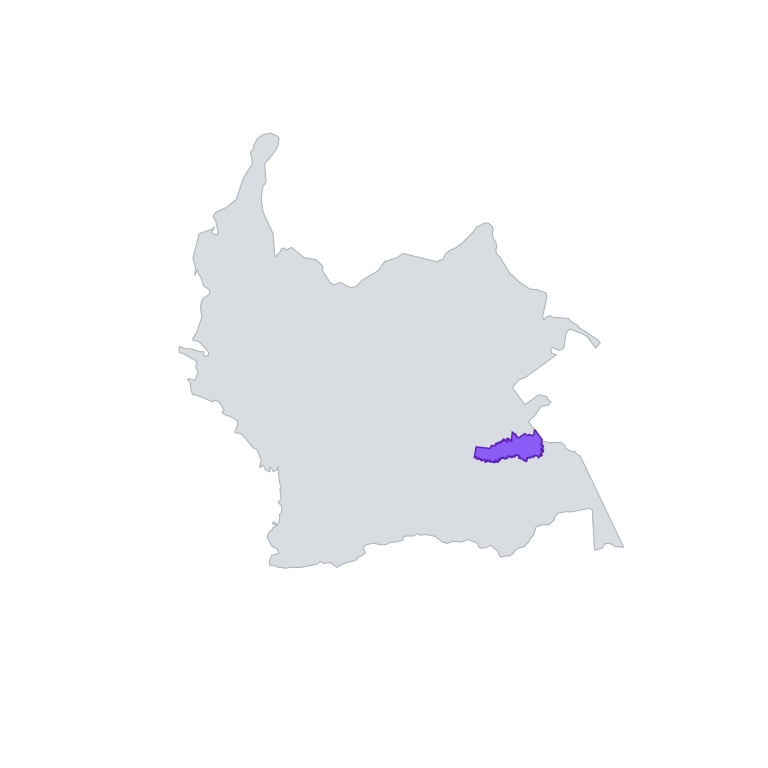 location of Pacoa (Cor. Departamental), Vaupés, Colombia, rotated 324°
{"feature_id": "7082276B7457968430038", "entity_name": "Pacoa (Cor. Departamental)", "entity_type": "district", "adm_level": 2, "iso_a3": "COL", "parent_name": "Colombia", "parent_adm1": "Vaupés", "projection": "albers", "projection_center": [-70.674, 0.194], "detail": "fine", "context": "in_parent", "style": "filled", "palette": "violet", "viewbox_px": 768, "rotation_deg": 324, "n_neighbors": 0, "source": "geoboundaries", "source_scale": "gbopen_adm2", "svg_char_len": 9438}
<svg xmlns="http://www.w3.org/2000/svg" viewBox="0 0 768 768"><g transform="rotate(324 384 384)"><path d="M437.6,129.5L430.6,132.3L416.9,135.8L407.4,151.1L401.0,153.8L393.1,162.8L387.2,174.0L382.7,196.9L370.9,216.3L371.9,217.2L376.6,216.3L381.0,214.2L382.6,214.9L384.2,218.3L389.5,219.2L393.7,234.9L401.8,243.0L402.7,246.1L403.7,252.6L400.8,256.6L400.0,271.0L402.5,274.6L408.6,276.1L412.6,285.1L415.1,287.2L418.8,288.6L427.7,287.2L443.8,288.7L447.5,288.5L456.5,285.3L468.0,289.2L476.4,289.8L499.3,317.0L501.6,316.2L504.5,317.8L510.3,315.0L515.3,314.5L521.9,315.9L530.5,315.9L547.9,313.0L550.5,311.5L560.0,313.0L562.8,315.0L564.2,320.1L563.1,323.2L559.8,326.4L558.0,330.5L557.6,335.4L555.9,339.1L552.9,341.5L551.7,344.9L552.4,349.5L550.8,370.0L552.1,371.7L553.1,380.2L557.1,391.1L559.1,394.3L562.5,396.8L568.7,405.8L567.3,408.9L551.6,423.1L550.8,426.4L553.8,425.0L558.6,426.3L560.3,429.7L572.0,439.6L571.9,443.3L575.3,450.7L574.7,452.4L582.8,473.5L583.1,477.9L576.4,479.2L576.1,465.0L575.1,462.1L567.4,449.6L565.9,448.6L560.8,450.0L552.3,459.3L548.3,460.7L545.2,459.4L542.0,453.9L539.9,452.9L537.8,457.6L540.5,461.7L503.0,461.7L495.7,460.0L485.7,462.1L485.6,483.5L503.3,483.8L508.2,489.9L507.7,494.8L508.5,496.6L504.2,497.7L498.0,494.3L487.0,498.3L478.9,499.3L478.4,522.8L483.3,528.7L492.8,535.0L494.1,539.3L493.5,543.3L495.7,548.4L498.9,551.1L498.8,554.1L500.5,557.5L481.9,657.0L475.3,651.0L472.9,645.5L469.6,643.3L463.4,645.0L456.6,642.2L478.3,608.5L477.6,605.5L459.5,597.2L457.6,595.1L448.9,590.7L444.2,591.9L441.4,594.2L434.8,594.8L429.5,591.2L423.1,588.9L415.5,594.6L413.2,594.5L407.8,597.0L402.0,597.9L394.4,595.4L388.3,597.1L384.0,596.7L382.4,595.0L377.0,592.9L376.4,590.6L378.0,586.5L375.7,578.2L374.8,576.9L370.6,576.7L365.8,573.7L364.9,571.9L365.9,568.6L365.0,565.7L360.3,559.1L353.8,557.4L347.5,551.9L341.2,550.0L338.4,546.0L335.7,537.2L329.2,530.2L324.6,527.9L323.1,524.6L318.4,524.2L312.1,519.7L309.2,519.4L307.3,521.5L301.4,519.2L296.4,515.9L291.1,515.0L287.7,512.9L281.6,506.5L275.0,503.4L271.1,504.5L269.8,509.2L267.6,510.1L259.9,508.8L258.6,509.8L256.6,509.6L247.3,506.0L238.0,504.7L235.7,496.7L229.8,493.8L228.1,490.1L223.9,490.4L208.1,483.1L201.6,478.0L196.1,475.2L190.3,469.5L189.3,467.2L184.9,463.9L187.1,459.7L192.5,456.6L199.6,459.1L200.5,454.2L198.0,449.8L199.2,439.9L201.1,437.8L205.0,435.8L207.4,436.6L209.0,434.9L214.7,435.7L216.5,435.0L220.9,431.1L222.8,428.0L224.8,428.3L229.5,423.0L228.8,417.7L233.2,416.5L237.9,407.8L239.9,407.6L241.0,403.4L249.2,389.1L246.2,390.7L243.0,389.7L243.6,384.8L242.6,384.3L240.0,388.0L237.7,384.2L238.4,378.0L234.7,379.1L234.9,377.7L240.2,373.1L242.5,362.5L240.7,358.6L239.7,342.7L238.8,339.6L234.5,335.6L241.4,331.1L243.9,327.7L240.8,320.6L236.8,314.6L236.7,311.1L239.1,311.4L240.1,301.6L237.8,297.8L235.0,297.7L226.0,283.0L222.9,280.0L225.3,273.0L228.1,270.0L227.5,264.7L229.3,264.9L233.2,269.8L234.8,269.0L240.9,264.5L241.1,260.2L246.0,255.8L239.2,240.9L236.9,238.5L239.7,233.8L241.3,234.0L244.0,238.7L248.2,241.8L254.5,250.1L257.3,252.0L255.3,253.9L254.9,255.8L255.8,256.9L259.4,257.2L260.8,254.9L259.9,244.8L258.4,239.8L255.1,236.2L256.2,234.7L262.7,232.2L276.1,222.7L280.8,213.7L284.3,210.4L288.3,208.3L293.2,208.8L297.0,207.7L298.1,204.8L295.7,198.6L298.6,190.0L298.5,185.7L300.3,183.1L299.7,182.1L294.8,185.1L299.9,179.1L303.4,169.9L323.0,153.7L335.7,157.7L339.7,157.4L334.5,159.5L333.7,161.8L335.5,164.3L337.4,165.0L339.1,163.4L343.4,153.9L344.0,148.7L345.9,146.9L348.6,146.3L361.0,148.6L372.8,147.8L392.1,134.3L406.6,128.6L410.2,123.0L411.1,118.9L413.8,117.3L416.5,117.3L418.2,115.0L424.8,111.4L432.0,111.0L439.5,114.1L443.0,119.7L443.6,123.5L437.6,129.5ZM214.9,434.0L214.1,434.7L212.4,433.4L211.8,431.7L212.8,430.5L214.2,430.9L214.9,434.0Z" fill="#d9dde1" stroke="#a8b0b8" stroke-width="1"/><path d="M472.4,532.5L472.9,532.3L472.7,532.0L473.0,532.0L472.9,531.7L473.1,531.5L473.3,531.5L473.3,531.2L473.6,531.3L474.1,531.2L473.9,530.9L474.1,530.9L474.2,530.5L474.4,530.4L473.8,530.4L473.5,530.1L473.4,530.5L473.0,530.8L473.0,530.6L472.9,530.6L472.7,530.7L472.3,530.4L472.1,530.1L472.3,529.9L472.4,530.2L472.6,529.9L472.4,529.8L472.8,529.8L473.0,529.6L472.8,529.3L473.0,529.2L472.8,528.7L473.3,528.5L473.7,528.6L473.7,528.8L473.6,529.3L473.8,529.4L474.1,529.2L474.6,529.2L474.5,528.9L474.9,528.6L475.2,528.5L475.4,528.6L475.6,528.6L476.3,528.2L476.5,527.8L476.1,526.7L475.8,526.5L475.0,526.4L474.7,526.0L474.9,525.6L475.8,525.6L476.2,525.2L476.5,525.2L476.9,525.1L477.2,524.9L477.6,523.9L477.5,523.6L477.5,523.2L478.6,522.4L479.2,522.1L479.2,509.8L478.9,509.8L479.1,510.1L478.9,510.4L477.8,510.7L477.5,511.1L476.9,511.5L476.8,511.9L476.4,512.3L475.7,512.8L475.3,512.8L474.7,513.2L474.2,513.2L473.8,513.1L472.2,510.7L471.8,510.3L471.3,510.1L470.8,510.4L469.9,510.0L469.4,509.0L469.1,507.7L468.7,507.5L468.7,506.9L462.0,506.8L461.5,506.3L461.3,506.3L461.1,506.1L460.8,506.1L460.5,505.8L460.7,505.6L460.7,505.2L460.3,504.9L460.2,504.5L460.1,504.1L460.6,503.7L460.5,503.4L460.8,503.0L460.7,502.6L461.0,502.2L461.0,501.9L460.7,501.3L460.2,501.2L460.0,500.5L460.0,499.3L459.6,499.0L459.6,498.7L459.5,498.4L453.5,505.1L453.4,504.9L453.6,504.9L452.9,504.2L453.2,503.4L452.7,503.2L452.7,502.8L452.6,502.4L452.1,502.3L452.1,502.5L451.9,502.3L452.4,501.9L452.1,501.8L452.1,501.5L452.3,501.4L452.0,501.2L452.3,501.0L452.1,500.8L452.0,500.6L451.8,500.6L451.6,500.6L451.4,500.5L450.7,501.0L450.6,501.6L450.4,502.0L450.4,502.7L449.9,503.2L449.5,503.4L448.4,500.7L448.7,500.3L448.6,499.9L448.8,499.9L448.7,499.7L448.8,499.8L448.8,499.5L447.9,499.7L447.9,499.2L447.8,499.3L447.6,499.3L447.6,499.0L447.4,498.9L447.5,498.7L447.3,498.9L447.4,499.1L447.2,499.1L447.2,499.3L446.9,499.4L447.0,499.5L446.7,499.5L446.8,499.7L446.5,499.5L446.3,499.7L446.1,499.5L446.0,499.8L445.8,499.8L445.6,499.6L445.4,499.7L445.2,499.7L445.2,499.8L444.5,499.7L444.4,499.8L444.3,499.6L444.2,499.7L444.2,499.9L443.9,500.0L443.4,499.7L443.5,499.6L443.4,499.5L443.5,499.4L443.3,499.3L443.3,499.2L443.2,499.3L443.1,499.1L442.9,499.1L442.9,499.5L442.3,499.1L442.2,499.0L442.3,498.8L442.1,498.6L441.8,498.7L441.7,498.6L441.5,498.4L441.2,498.6L440.8,498.4L440.7,498.5L440.7,498.4L440.4,498.4L440.0,498.4L440.0,498.2L439.8,498.1L439.6,498.2L439.4,498.3L439.3,498.2L439.2,498.4L439.1,498.5L438.9,498.4L438.9,498.7L438.7,498.6L438.5,499.0L437.1,499.2L436.5,498.8L436.4,498.1L436.1,497.8L435.6,497.5L435.3,497.5L435.1,497.2L434.8,497.5L434.1,497.2L433.9,497.4L433.7,497.4L433.3,497.9L432.7,498.0L432.4,498.2L432.1,498.7L421.6,489.1L414.0,496.4L414.3,496.5L414.7,496.8L415.1,496.6L415.3,497.1L415.3,497.5L415.7,497.5L415.3,498.3L414.7,498.6L414.9,498.8L415.4,498.9L415.4,499.8L416.3,500.0L416.6,500.5L417.0,500.2L416.9,499.7L417.0,499.5L417.4,500.1L417.5,500.5L417.9,501.4L417.4,501.9L417.4,502.3L417.7,502.5L418.2,502.5L418.3,502.8L417.7,503.2L417.7,503.5L418.2,503.7L418.7,503.6L418.9,503.3L418.8,502.9L419.7,503.3L420.1,503.9L420.1,504.7L420.4,504.9L420.9,504.9L420.5,505.3L420.5,506.2L420.2,506.5L419.9,506.6L420.5,507.1L420.9,507.1L421.4,506.9L421.6,506.6L421.6,506.4L421.2,506.2L422.0,506.3L422.7,506.1L422.5,506.8L422.1,506.9L422.0,507.2L422.7,507.5L423.2,507.4L423.3,508.5L423.7,508.9L423.8,508.9L424.0,508.1L424.8,507.8L425.0,508.2L424.9,508.4L424.1,508.8L424.1,509.0L425.0,510.5L426.3,511.0L426.8,511.4L427.4,511.2L427.3,511.6L427.7,511.9L427.2,512.0L427.0,512.3L428.0,512.3L429.2,511.2L429.5,511.2L429.5,511.4L429.0,511.8L428.9,512.4L428.5,512.8L428.8,512.9L429.2,512.7L429.9,512.6L430.5,512.9L430.6,513.3L430.4,513.6L430.0,514.0L430.3,514.3L430.5,514.3L431.0,513.9L431.4,514.0L431.7,513.9L431.7,513.5L432.0,513.3L432.1,512.8L432.4,512.2L433.0,512.6L432.9,512.9L432.5,513.1L432.5,513.3L432.8,513.4L433.1,513.7L434.1,513.6L434.5,513.3L434.7,513.0L434.7,512.2L434.8,512.2L435.1,512.4L435.7,512.6L435.8,513.0L435.8,513.3L435.9,513.5L436.4,513.5L436.7,513.7L436.8,513.6L436.6,513.3L436.9,513.2L437.4,513.8L437.4,514.1L437.1,514.6L438.4,515.1L438.4,515.5L438.1,515.9L438.3,516.0L438.7,516.1L439.2,516.0L439.7,516.4L440.2,516.1L440.5,516.5L440.7,516.2L441.4,515.7L441.8,515.6L441.6,515.2L441.9,515.1L442.4,515.4L442.7,515.9L443.1,516.2L443.0,517.0L443.5,518.2L443.9,518.1L444.1,517.9L444.2,517.5L444.5,517.4L444.7,517.7L444.6,518.3L444.8,518.6L445.2,518.2L445.4,518.3L445.8,518.6L446.4,518.4L446.6,518.4L446.7,518.7L446.2,519.2L446.3,519.4L446.9,519.8L447.2,519.9L447.5,519.7L447.3,518.9L447.4,518.7L447.8,518.4L448.3,518.4L448.9,518.6L448.8,519.2L449.2,519.6L449.7,519.7L450.0,520.0L450.3,520.0L450.2,520.4L450.3,520.6L450.2,520.8L450.4,521.0L450.4,521.3L450.6,521.5L451.2,521.6L451.4,522.0L451.1,522.6L450.6,522.3L450.1,522.6L449.7,523.0L449.7,523.5L450.0,524.0L450.6,524.3L450.7,524.9L451.5,525.1L451.7,525.3L451.7,525.7L452.0,526.2L452.1,526.9L451.9,527.5L452.2,527.8L452.3,528.5L453.1,529.1L453.1,529.3L453.4,529.6L453.4,530.1L453.6,530.3L454.1,530.2L454.3,529.7L455.7,529.2L455.9,528.9L455.2,528.7L455.6,528.0L456.5,527.7L458.1,529.2L458.5,529.9L458.9,529.8L459.2,529.2L459.7,528.8L460.0,528.8L460.8,529.6L461.4,530.9L461.7,531.2L462.1,531.1L462.3,530.3L462.8,530.2L463.3,530.6L463.4,530.0L463.7,530.0L463.9,530.5L465.1,531.4L465.9,532.7L466.0,533.4L465.6,533.8L465.5,534.1L465.7,534.6L465.9,534.5L466.4,534.0L467.6,533.5L468.0,533.7L468.3,534.6L469.7,534.7L470.2,534.4L470.3,534.0L470.2,533.7L469.6,533.8L469.2,533.8L468.8,533.5L468.7,533.3L468.8,533.1L469.3,533.0L469.8,532.7L470.2,532.8L470.6,532.8L471.0,532.0L471.3,531.8L471.9,532.0L472.4,532.5Z" fill="#8b5cf6" stroke="#5b21b6" stroke-width="1.5"/></g></svg>